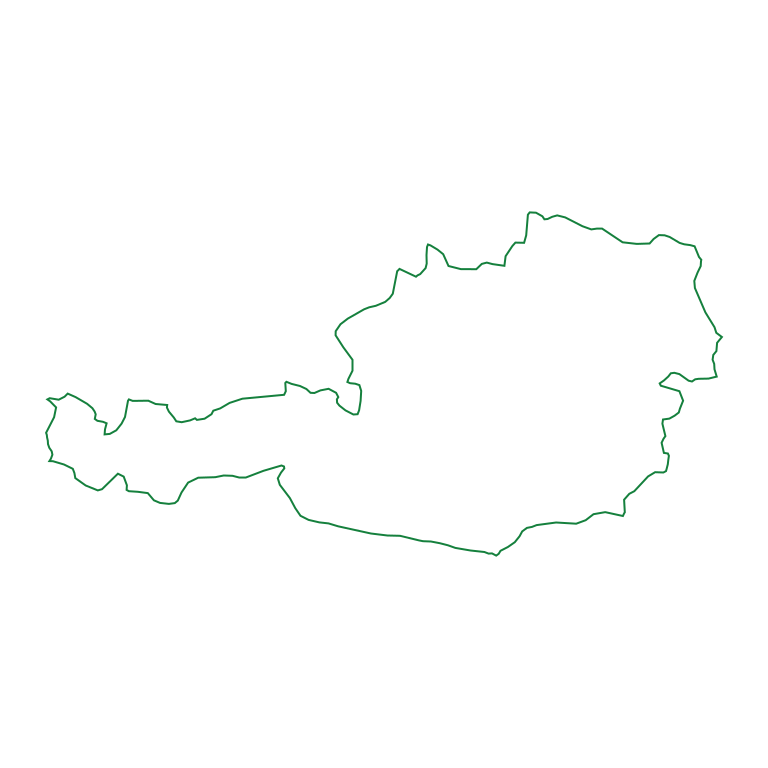 map outline of Austria (orthographic projection)
{"feature_id": "AUT", "entity_name": "Austria", "entity_type": "country or territory", "adm_level": 0, "iso_a3": "AUT", "parent_name": "Europe", "parent_adm1": "", "projection": "orthographic", "projection_center": [13.446, 47.7], "detail": "fine", "context": "isolated", "style": "outline", "palette": "green", "viewbox_px": 768, "rotation_deg": 0, "n_neighbors": 0, "source": "natural_earth", "source_scale": "50m", "svg_char_len": 3358}
<svg xmlns="http://www.w3.org/2000/svg" viewBox="0 0 768 768"><path d="M46.1,432.8L54.1,417.2L56.1,407.4L50.1,401.3L47.4,399.4L49.7,398.2L58.7,399.7L64.6,396.7L67.7,393.6L75.6,397.1L87.1,403.8L92.4,408.2L94.6,411.5L95.7,414.3L94.8,418.9L97.4,420.8L103.0,421.8L106.6,423.3L105.0,429.4L104.6,434.4L109.8,433.9L116.3,430.3L121.6,423.6L125.0,417.0L128.0,400.8L128.9,399.4L132.7,400.9L148.3,400.7L155.6,404.0L167.2,405.0L166.9,407.5L168.9,411.6L173.8,417.5L176.3,421.3L181.7,422.2L190.1,420.4L195.1,418.3L196.9,419.9L204.6,418.7L211.5,414.2L213.3,410.7L220.2,408.4L229.6,402.9L242.4,398.7L284.1,394.8L285.8,391.2L285.3,383.0L286.4,381.8L291.6,383.9L300.0,386.0L306.4,389.0L310.5,392.8L314.4,393.0L320.4,390.4L328.6,388.8L336.1,392.8L338.3,397.1L336.9,399.3L337.1,402.7L339.4,405.6L345.5,410.4L353.4,414.5L357.6,414.2L359.1,410.3L360.6,400.9L361.2,390.9L359.4,385.1L355.2,383.7L350.1,383.2L347.4,382.0L348.4,378.9L352.5,370.7L352.5,359.8L343.4,347.4L335.6,335.3L335.7,331.2L340.5,324.2L347.8,318.6L364.1,309.3L369.2,307.3L375.8,305.8L385.2,301.9L389.7,298.0L392.8,293.7L397.2,271.2L398.2,270.3L399.5,268.9L416.0,276.7L417.5,275.4L420.2,274.1L425.6,268.1L426.7,263.6L426.5,255.1L427.0,247.1L428.0,244.5L430.5,245.4L437.5,249.6L443.2,254.2L448.5,266.0L460.8,269.1L476.3,269.2L481.8,263.9L486.8,262.6L492.5,264.1L504.4,265.8L505.6,256.2L512.3,246.1L515.4,242.6L524.1,242.8L526.2,235.3L527.9,214.7L529.7,212.4L536.0,212.7L542.4,216.3L544.4,219.3L547.6,219.0L552.2,216.8L557.2,215.4L565.2,217.4L582.4,226.2L591.3,229.4L596.9,228.6L602.1,228.6L622.6,242.3L636.8,243.9L649.6,243.5L653.6,239.0L658.9,235.1L664.6,235.3L669.7,237.0L679.6,242.9L684.2,244.3L690.2,245.1L694.6,246.3L699.0,257.0L701.3,259.8L701.0,261.2L700.7,266.1L697.6,272.5L694.3,280.9L694.9,288.0L705.4,312.4L714.5,327.2L716.3,332.8L721.9,337.0L717.1,342.8L716.4,351.1L713.3,354.9L712.6,359.7L714.2,363.9L714.5,369.3L716.7,376.6L708.5,378.6L698.7,378.8L695.2,379.3L692.0,381.5L688.6,380.7L679.4,374.1L674.3,372.8L670.8,373.3L668.3,376.5L663.9,380.5L659.7,383.4L660.8,385.7L679.4,391.2L683.1,400.7L679.9,408.7L678.8,412.5L674.6,415.7L669.4,418.6L663.0,419.5L662.4,423.7L665.4,436.1L663.5,438.8L661.6,442.8L663.9,452.9L667.9,453.5L668.9,455.8L668.3,459.9L667.8,464.3L666.6,469.0L666.0,471.1L663.4,472.5L655.1,472.2L648.1,476.4L634.3,491.2L629.3,493.8L624.1,499.7L624.8,512.3L624.1,513.4L622.9,516.0L605.5,512.2L604.9,512.2L593.5,514.2L585.7,520.2L576.2,523.7L556.1,522.5L536.6,525.1L532.0,526.9L526.9,527.9L522.2,531.4L519.6,536.2L514.8,542.2L507.9,547.0L500.5,550.8L498.7,553.8L496.2,555.6L492.0,553.4L488.6,553.6L484.4,552.0L470.5,550.5L455.3,547.9L448.0,545.3L439.8,543.2L430.9,541.5L423.0,541.2L419.0,540.4L400.0,535.8L387.4,535.5L370.9,533.5L338.1,526.3L328.5,523.4L319.4,522.4L308.6,519.9L300.5,515.8L295.3,508.2L289.9,498.1L279.8,484.8L277.8,478.3L281.0,472.6L284.3,468.4L284.0,466.5L281.5,465.5L263.5,470.8L245.9,477.5L239.1,477.5L232.5,475.8L223.7,475.5L215.2,477.2L198.2,477.7L188.1,482.6L181.5,492.5L177.8,500.6L174.8,503.1L168.9,503.9L160.0,502.9L153.9,500.3L147.8,493.1L137.9,491.8L128.9,491.2L126.6,489.9L126.9,485.3L123.7,476.6L117.9,473.7L102.0,489.2L97.8,490.4L85.7,485.5L75.3,478.1L74.4,473.0L72.8,468.8L64.0,464.5L52.9,461.2L49.4,461.1L50.9,458.7L52.4,454.7L51.7,451.3L49.3,447.8L48.0,444.1L47.8,440.6L47.1,437.6L46.8,434.9L46.1,432.8Z" fill="none" stroke="#15803d" stroke-width="2"/></svg>